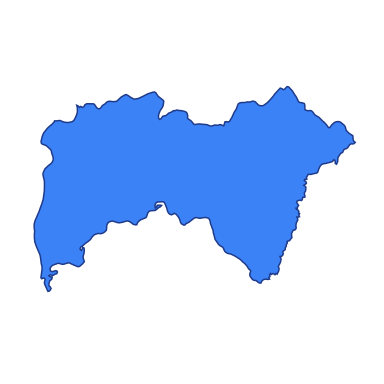 the district of São Romão, Minas Gerais, Brazil, rotated 187°
{"feature_id": "56859067B60763399870465", "entity_name": "São Romão", "entity_type": "district", "adm_level": 2, "iso_a3": "BRA", "parent_name": "Brazil", "parent_adm1": "Minas Gerais", "projection": "robinson", "projection_center": [-45.402, -16.354], "detail": "fine", "context": "isolated", "style": "filled", "palette": "blue", "viewbox_px": 384, "rotation_deg": 187, "n_neighbors": 0, "source": "geoboundaries", "source_scale": "gbopen_adm2", "svg_char_len": 6001}
<svg xmlns="http://www.w3.org/2000/svg" viewBox="0 0 384 384"><g transform="rotate(187 192 192)"><path d="M330.5,87.6L329.2,88.4L327.9,88.4L327.1,87.3L327.5,84.3L327.1,82.7L322.9,75.8L321.6,76.2L320.8,77.3L320.1,78.9L321.0,80.4L322.6,81.6L322.8,83.6L322.4,86.6L321.3,87.5L320.5,88.6L320.4,90.5L323.0,90.7L323.9,91.6L322.6,92.5L319.9,92.2L318.8,93.0L317.8,93.9L316.3,94.4L315.8,96.2L316.6,97.2L317.8,97.3L320.9,95.9L322.7,96.3L323.5,98.0L323.3,99.7L322.4,101.2L321.4,102.3L316.8,104.7L315.3,105.0L312.0,104.4L310.5,104.7L306.2,106.6L304.7,106.6L302.7,105.8L296.4,104.0L295.0,104.2L294.0,105.0L291.7,107.6L290.4,109.7L291.0,111.3L291.8,112.7L292.2,114.9L291.7,118.6L291.7,120.0L291.9,121.9L292.5,123.4L293.7,123.7L293.9,122.1L294.7,120.5L296.2,121.7L295.9,123.6L293.3,126.0L291.7,127.9L288.8,130.5L287.0,132.5L285.5,135.5L283.7,137.7L280.8,139.2L279.0,139.5L277.2,139.5L275.4,140.4L273.9,141.6L272.4,143.5L272.3,145.8L272.5,147.4L272.4,149.2L271.7,151.0L270.8,152.0L269.1,153.0L267.2,153.5L262.6,152.6L260.7,152.5L257.8,153.3L252.9,155.4L250.9,155.2L249.2,154.5L246.4,152.8L244.4,152.5L242.8,152.8L242.5,154.4L241.7,155.9L240.6,157.1L239.5,158.2L234.5,161.0L234.0,162.4L233.4,165.4L232.8,166.9L231.6,168.0L230.1,168.5L226.6,169.1L224.9,170.4L224.0,171.6L222.7,172.8L221.5,173.5L220.5,175.0L221.8,175.1L225.0,174.6L225.2,173.0L226.4,171.7L227.0,173.5L227.1,175.4L226.0,177.3L224.7,177.9L220.1,178.7L218.9,178.7L217.7,177.6L215.0,172.8L214.4,171.0L213.6,169.4L212.6,168.1L211.1,167.1L209.5,166.9L208.2,167.6L207.1,168.7L205.5,168.2L204.2,167.3L201.9,164.9L200.3,162.1L199.6,160.3L198.5,159.1L195.9,158.1L194.8,158.6L194.1,159.8L191.4,161.6L186.7,166.3L185.0,167.1L183.3,167.1L182.2,166.9L180.9,166.9L176.8,168.1L175.2,168.4L172.6,168.0L171.3,166.9L170.3,164.7L169.8,163.0L166.4,156.4L165.7,153.6L165.0,152.2L163.3,147.8L159.5,143.5L158.0,142.3L154.9,141.0L153.7,139.6L152.9,138.0L151.7,136.6L149.3,135.4L145.7,135.1L141.4,133.6L136.5,131.3L135.1,130.4L133.4,128.9L131.1,127.6L128.3,125.1L126.4,122.6L125.0,121.7L124.0,120.6L124.5,118.7L124.6,117.0L123.9,115.2L121.3,112.5L119.7,111.9L117.5,111.9L115.0,110.2L113.6,109.9L112.4,110.1L112.0,111.7L110.9,113.3L109.8,114.0L108.7,114.4L105.8,114.5L104.4,115.0L105.4,116.3L104.3,117.6L104.9,119.6L104.2,120.7L103.2,119.8L101.6,121.0L99.5,120.0L98.7,121.4L97.5,120.8L96.3,124.3L96.2,126.5L97.2,128.7L95.7,132.8L95.4,136.0L95.8,137.3L96.8,138.7L95.3,139.1L94.3,140.2L93.9,141.8L94.6,143.8L93.8,145.0L92.5,146.0L92.6,147.9L91.9,149.6L92.0,151.3L91.2,152.8L91.6,154.4L90.5,155.2L89.3,155.5L88.5,157.1L87.3,158.8L88.2,162.7L86.9,166.5L85.3,166.8L84.3,168.3L84.3,169.6L84.8,171.2L84.7,174.2L83.6,177.1L84.0,178.5L84.8,179.9L83.6,180.0L82.3,180.6L83.1,181.9L82.6,183.6L83.7,183.9L83.5,185.4L84.3,186.8L86.0,187.5L86.8,188.5L85.5,188.7L85.4,190.4L84.5,191.5L86.9,194.5L86.5,195.9L84.0,197.1L82.6,196.8L81.6,197.7L81.5,200.2L79.4,200.6L79.5,202.1L80.2,203.6L80.3,205.1L79.5,206.5L79.4,208.6L79.5,210.6L80.5,211.5L81.9,212.3L79.5,214.4L80.2,216.3L82.0,217.1L81.6,218.3L79.6,218.7L80.2,220.8L79.3,222.3L78.8,223.7L75.8,224.0L73.6,225.0L71.0,225.8L69.7,226.7L69.0,230.2L68.1,233.0L67.4,234.2L66.4,235.3L64.8,236.1L62.8,236.6L56.9,239.0L56.0,239.8L55.1,241.3L54.0,240.8L53.5,239.4L53.3,237.8L52.0,237.2L51.3,239.0L51.1,240.5L51.3,242.0L51.3,243.9L50.6,245.7L49.1,248.5L47.4,249.5L46.5,252.3L45.7,253.3L44.3,253.7L43.0,254.8L41.2,258.2L40.1,259.2L38.9,259.2L37.3,259.6L36.0,261.1L37.6,262.1L38.5,263.7L39.2,267.4L43.2,269.4L45.3,271.0L46.6,272.2L47.8,275.3L48.9,276.7L52.7,279.2L54.2,279.7L55.8,279.7L57.3,279.3L58.9,278.5L61.3,275.9L63.2,272.6L64.5,272.7L66.4,274.8L69.1,277.2L70.9,278.3L75.1,281.6L79.3,283.4L82.2,286.4L83.3,287.1L84.7,287.3L86.4,286.8L88.9,287.0L90.1,287.9L90.5,291.7L91.3,293.5L93.2,293.9L96.6,294.1L97.9,295.6L100.1,299.1L102.2,301.4L104.7,304.6L108.9,308.1L110.5,308.2L112.6,305.4L113.9,304.7L115.3,305.5L117.1,305.9L121.9,299.2L122.9,297.2L126.2,292.3L128.3,289.6L131.6,286.6L132.9,286.1L135.3,286.0L137.0,286.7L139.5,288.7L140.6,289.4L142.0,289.6L143.2,289.5L145.9,288.2L147.4,288.3L150.8,287.2L153.9,286.8L155.3,286.3L156.7,285.3L157.4,283.2L158.1,279.8L159.8,276.4L161.3,271.5L161.9,269.9L162.6,268.7L163.1,267.1L164.5,265.8L166.1,266.1L167.8,265.7L168.6,261.6L170.2,261.9L171.6,262.4L173.1,262.1L174.2,261.4L177.5,261.3L180.9,259.7L182.5,259.9L185.4,260.7L189.7,260.5L192.4,260.5L194.9,260.1L196.5,259.5L198.3,259.4L201.1,262.1L203.0,263.3L204.6,263.9L205.5,265.0L205.5,266.9L206.4,269.4L207.4,270.5L209.1,271.1L213.2,271.5L214.4,271.2L216.0,271.5L217.4,271.4L218.9,270.6L220.5,270.4L221.6,269.2L224.9,267.3L226.0,265.9L227.2,264.7L230.3,263.6L231.7,260.9L233.0,260.1L234.0,261.0L234.5,262.7L234.5,265.0L233.6,268.6L231.7,272.4L231.2,274.4L231.1,276.7L231.1,278.8L232.2,279.8L237.0,282.7L238.4,284.1L239.8,285.9L241.4,286.7L243.2,286.2L247.9,284.0L252.6,280.8L256.5,278.4L260.1,277.2L261.3,277.3L263.6,278.1L267.5,280.1L269.2,280.7L270.7,280.0L273.8,277.7L277.9,272.8L280.0,272.3L282.1,272.0L284.1,272.1L286.0,271.8L287.2,271.1L288.1,270.2L288.8,269.1L291.5,266.9L292.7,264.5L294.0,263.3L295.8,263.4L296.9,264.1L299.5,267.1L300.6,267.5L307.1,266.8L308.9,265.6L309.7,263.5L311.3,262.6L313.0,263.4L314.0,262.3L315.2,263.4L317.0,264.0L316.1,261.7L315.5,257.5L315.8,255.2L316.3,253.3L317.2,250.4L318.1,248.5L319.6,247.1L322.9,246.0L324.6,245.7L327.6,245.8L329.5,246.2L331.4,246.9L332.9,246.7L334.9,246.1L337.0,245.9L337.5,244.5L339.5,241.8L340.8,240.6L343.5,237.4L346.5,232.4L347.4,229.1L348.0,223.8L347.5,222.1L346.3,221.2L343.4,220.6L342.1,220.2L337.5,216.8L336.7,215.7L335.7,212.9L334.8,211.2L334.1,209.4L333.7,207.5L333.9,206.1L334.4,204.5L335.3,203.1L337.6,200.9L340.7,197.2L342.0,193.4L342.1,191.6L341.7,189.9L340.0,185.4L339.7,183.9L339.3,180.9L338.7,175.2L338.8,166.7L339.7,161.5L340.2,159.6L341.4,154.0L344.3,144.3L344.7,141.1L344.4,137.8L343.4,133.9L343.3,130.6L342.8,127.1L341.9,123.2L339.7,118.8L335.3,111.2L334.3,108.2L332.9,102.6L331.7,99.4L331.4,96.6L331.5,88.5L330.5,87.6Z" fill="#3b82f6" stroke="#1e3a8a" stroke-width="1.5"/></g></svg>